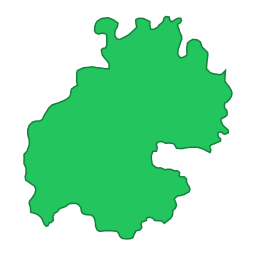 outline of Slonim, Grodno, Belarus, rotated 179°
{"feature_id": "67162791B56929358145249", "entity_name": "Slonim", "entity_type": "district", "adm_level": 2, "iso_a3": "BLR", "parent_name": "Belarus", "parent_adm1": "Grodno", "projection": "albers", "projection_center": [25.224, 53.068], "detail": "fine", "context": "isolated", "style": "filled", "palette": "green", "viewbox_px": 256, "rotation_deg": 179, "n_neighbors": 0, "source": "geoboundaries", "source_scale": "gbopen_adm2", "svg_char_len": 3749}
<svg xmlns="http://www.w3.org/2000/svg" viewBox="0 0 256 256"><g transform="rotate(179 128 128)"><path d="M93.4,32.0L89.3,35.1L86.8,37.0L85.1,39.8L84.8,42.6L84.3,45.1L82.4,46.6L80.9,49.5L81.3,52.1L83.0,55.9L81.6,57.7L79.3,59.3L76.2,59.6L72.6,60.7L70.5,61.9L68.3,63.0L67.1,65.5L67.7,68.0L69.3,70.4L70.4,72.9L70.3,75.8L72.5,78.2L76.3,78.2L77.7,79.5L77.1,82.7L79.6,84.5L81.8,84.2L86.0,85.9L89.3,86.1L91.6,85.6L93.6,86.5L96.4,87.7L98.8,87.4L101.4,88.5L103.4,90.3L104.5,91.8L104.9,94.4L105.2,96.8L105.2,99.0L105.0,100.5L103.4,104.3L100.0,104.3L99.0,107.9L100.0,110.9L98.3,113.6L94.1,113.8L90.7,112.1L87.0,112.3L82.6,111.6L81.1,109.4L79.9,106.9L74.5,106.4L70.6,107.2L66.0,107.6L62.1,107.6L58.4,107.4L53.0,105.6L50.6,104.2L46.4,102.0L45.5,104.6L46.4,106.3L46.5,107.8L45.7,109.3L43.7,110.2L42.0,110.7L40.6,111.4L39.0,112.0L36.1,113.1L35.4,114.5L36.0,116.0L37.4,117.2L38.3,119.1L38.0,121.2L37.5,122.1L36.1,122.4L34.6,122.1L33.4,121.2L32.0,120.1L30.3,120.4L28.1,121.3L27.6,122.9L28.2,124.5L30.7,126.8L32.2,128.2L33.3,129.3L34.3,131.9L35.1,133.9L34.8,135.4L32.9,136.4L30.4,137.7L28.7,139.3L28.7,143.2L29.6,144.7L31.0,146.0L31.2,147.9L30.9,151.1L28.7,152.2L26.1,154.8L24.0,158.0L23.4,161.3L24.4,164.3L26.0,167.2L28.0,169.6L30.4,173.2L30.0,178.9L29.5,183.6L29.5,183.9L30.5,182.8L33.7,179.9L36.6,179.9L41.4,180.7L44.8,181.8L48.5,185.8L48.2,190.0L47.7,194.2L47.4,196.1L46.9,199.5L47.1,202.2L50.0,205.1L52.7,207.8L53.2,209.9L54.2,212.8L57.1,214.9L61.6,215.5L64.6,213.9L67.0,212.0L67.8,207.0L67.8,203.6L67.8,199.6L72.3,197.5L74.7,197.5L77.0,200.7L76.5,205.7L75.2,209.4L73.8,213.4L72.8,215.7L72.8,218.9L74.9,223.7L75.1,225.3L76.7,229.5L76.5,230.9L74.1,232.2L72.7,234.3L73.3,236.7L75.6,237.0L77.1,236.4L77.8,236.2L80.4,234.6L82.5,233.3L84.4,235.4L84.9,238.3L88.4,238.8L90.2,237.0L90.8,234.3L92.6,232.2L95.0,230.6L96.6,228.2L100.6,226.1L103.8,226.4L104.3,230.9L104.3,234.1L110.9,237.3L115.7,237.5L118.3,236.2L118.3,232.8L117.5,228.5L121.8,224.5L125.7,221.1L131.0,218.4L134.5,216.6L137.7,217.4L139.5,220.3L139.5,223.5L139.0,226.1L136.9,229.3L136.1,233.0L140.9,236.5L145.9,238.6L152.3,238.0L156.8,235.4L158.4,233.0L159.4,230.1L159.7,225.8L158.6,223.7L156.0,222.4L152.8,223.2L149.9,222.9L147.7,221.9L147.7,218.7L147.7,214.7L147.7,211.5L149.0,208.4L151.4,208.1L153.3,206.8L153.0,203.9L152.2,201.2L150.4,198.6L147.7,195.4L146.1,193.0L145.8,190.6L145.8,187.7L149.8,187.7L154.3,188.5L158.0,188.8L162.5,189.8L167.3,189.3L171.5,189.0L177.6,186.3L178.4,183.4L178.4,179.5L178.5,177.4L178.6,175.8L177.8,171.5L181.2,169.9L183.9,167.8L184.4,165.4L184.9,162.5L186.0,160.1L189.1,157.7L194.4,155.4L197.3,154.3L203.6,152.4L207.0,149.2L209.1,145.8L211.5,142.1L213.6,137.8L216.5,136.5L220.2,136.5L223.6,135.4L226.8,132.2L228.3,127.8L228.3,123.0L227.0,118.0L226.9,113.3L229.3,106.7L232.4,103.5L232.4,100.3L232.6,94.1L231.5,91.9L230.6,89.2L230.7,85.7L230.9,83.6L231.7,81.1L231.2,77.7L228.7,76.1L226.8,74.6L222.6,71.7L221.4,69.0L221.4,67.5L222.2,64.0L224.6,60.6L225.9,58.7L227.9,56.4L228.1,53.9L226.9,50.7L226.8,45.5L222.5,44.2L219.9,43.0L217.8,41.4L216.0,39.3L214.8,36.8L213.4,33.2L211.7,31.2L209.7,31.8L208.4,34.6L206.4,34.9L204.2,37.0L204.6,40.9L203.2,43.8L200.8,45.1L198.8,47.1L197.9,48.6L194.8,49.5L191.9,50.6L190.4,51.5L189.0,52.6L187.6,53.4L183.4,53.6L181.2,53.5L178.5,51.9L176.6,49.4L176.2,46.7L175.7,44.4L174.3,43.0L171.5,42.1L167.7,41.8L166.8,41.8L164.7,40.5L163.5,39.0L162.7,36.3L162.2,33.7L162.2,31.0L161.4,28.2L160.2,26.2L158.2,25.2L152.7,25.7L146.0,25.6L142.9,25.1L141.1,25.0L139.3,23.1L138.2,20.1L136.0,17.8L132.4,17.2L128.2,17.2L125.2,18.1L123.7,21.5L121.8,25.0L117.7,25.9L115.9,28.3L116.6,31.2L116.0,33.7L113.8,34.3L111.2,35.3L110.9,37.6L108.4,38.4L105.1,37.6L102.9,35.1L99.9,34.8L96.4,34.6L94.3,33.1L93.4,32.0Z" fill="#22c55e" stroke="#15803d" stroke-width="1.5"/></g></svg>